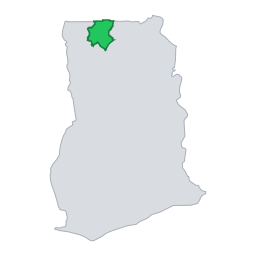 Sissala East, Upper West, Ghana (highlighted)
{"feature_id": "2480657B88326891244380", "entity_name": "Sissala East", "entity_type": "district", "adm_level": 2, "iso_a3": "GHA", "parent_name": "Ghana", "parent_adm1": "Upper West", "projection": "albers", "projection_center": [-1.879, 10.607], "detail": "fine", "context": "in_parent", "style": "filled", "palette": "green", "viewbox_px": 256, "rotation_deg": 0, "n_neighbors": 0, "source": "geoboundaries", "source_scale": "gbopen_adm2", "svg_char_len": 5995}
<svg xmlns="http://www.w3.org/2000/svg" viewBox="0 0 256 256"><path d="M160.6,17.1L162.9,19.2L163.3,20.4L162.6,25.0L161.0,28.2L160.0,31.2L160.1,32.7L161.1,34.2L164.5,36.5L166.2,38.0L168.3,40.3L170.6,42.6L174.7,45.5L176.4,46.0L176.3,46.8L175.8,48.0L175.5,58.9L175.2,61.8L174.9,63.2L174.5,67.3L174.1,67.9L173.4,67.9L172.7,68.0L172.5,68.8L172.8,69.7L175.2,70.2L174.7,70.9L172.9,71.4L172.1,72.7L172.4,74.1L171.5,75.2L171.7,76.0L172.4,76.5L173.4,76.3L176.2,74.4L177.4,74.2L178.9,74.6L181.6,77.4L181.8,78.8L180.7,83.7L179.6,87.4L179.5,92.4L180.6,95.2L180.5,96.7L179.3,98.0L176.5,100.0L176.7,101.3L178.0,103.7L180.4,106.4L185.0,109.7L187.5,114.1L187.6,115.9L186.2,117.7L184.5,119.3L184.0,121.5L184.9,136.2L181.2,142.6L181.2,144.4L181.6,146.5L182.6,147.8L184.5,148.1L186.0,149.3L185.5,153.8L184.7,158.4L184.6,160.6L184.2,161.6L182.7,162.5L182.2,164.0L182.6,165.7L182.3,167.0L183.1,168.7L184.8,170.8L187.5,176.1L188.6,176.5L189.1,177.6L188.8,178.7L189.8,181.0L192.9,183.3L196.0,185.3L198.6,185.5L199.2,187.4L200.9,189.7L202.1,190.7L204.1,191.3L205.7,191.6L205.8,193.6L202.9,194.9L201.0,197.0L199.5,200.1L197.5,203.5L190.5,205.3L187.8,205.3L173.3,205.5L159.7,212.2L151.9,214.6L147.1,218.4L140.7,221.1L136.2,224.3L126.8,225.9L111.4,231.0L106.6,233.0L101.7,236.5L93.8,240.6L90.6,240.6L84.4,236.7L79.8,234.8L68.3,231.8L59.8,230.6L55.7,229.3L54.6,229.1L55.5,227.7L57.9,227.7L60.4,228.1L62.3,227.0L65.1,226.9L65.8,225.8L66.1,223.0L66.0,220.8L67.0,219.8L67.3,217.1L65.9,211.2L64.9,210.6L60.0,209.7L59.6,208.5L58.7,207.3L57.8,204.3L56.7,199.8L55.0,194.2L51.7,184.9L50.9,181.7L50.3,178.3L50.2,174.4L50.9,172.9L50.8,170.8L50.5,168.8L52.9,164.1L57.5,158.4L58.5,156.3L59.4,154.9L59.5,152.8L60.3,146.1L62.5,138.0L63.9,134.9L64.9,133.3L66.0,130.6L66.3,129.3L70.5,126.2L72.5,125.3L72.9,124.0L72.2,122.7L72.5,121.7L73.5,121.3L75.1,120.9L76.2,119.6L74.5,109.6L73.1,99.6L73.0,98.8L72.1,97.4L71.3,93.3L69.9,90.9L67.9,90.2L67.9,87.9L69.9,84.1L70.4,81.8L69.5,81.1L69.4,79.4L70.0,76.6L69.7,74.8L69.4,73.0L67.3,68.6L66.8,65.5L67.9,63.7L67.8,59.7L66.7,53.6L66.6,49.8L67.3,48.2L67.0,46.6L65.5,45.2L65.4,43.8L66.7,42.4L66.5,41.3L64.9,40.5L63.5,38.6L62.2,35.7L62.5,30.9L64.9,22.1L65.2,21.4L67.9,21.4L67.9,21.8L76.3,21.7L85.9,21.7L97.3,21.6L107.7,21.5L108.2,21.1L109.9,20.6L120.4,21.4L127.0,21.0L129.8,21.3L131.8,21.9L136.4,21.5L138.8,21.7L140.6,23.9L141.4,23.8L142.4,22.9L144.2,21.8L146.0,21.0L147.3,19.3L148.1,18.0L149.3,18.2L151.1,18.1L152.2,17.1L152.6,15.4L160.6,17.1Z" fill="#d9dde1" stroke="#a8b0b8" stroke-width="1"/><path d="M105.6,50.5L105.7,50.4L105.6,50.2L105.7,49.9L105.8,49.7L106.1,49.3L106.0,49.1L106.2,48.8L107.5,46.2L108.5,44.4L108.8,44.1L109.7,43.2L110.6,42.3L111.0,42.0L112.1,41.3L112.3,41.0L112.7,40.7L112.8,40.7L113.0,40.6L113.0,40.4L113.5,40.1L113.4,40.1L113.1,40.1L113.0,39.8L112.9,39.7L112.7,39.7L112.4,39.4L112.6,39.0L112.5,38.7L112.9,38.5L113.0,38.4L112.9,38.1L112.7,37.8L112.4,37.7L112.1,37.7L111.7,37.6L111.6,37.4L111.6,37.2L111.2,37.1L111.0,36.8L110.8,36.9L110.6,36.8L110.5,36.6L110.6,36.3L110.6,36.1L110.3,35.9L110.2,35.8L109.5,35.9L109.3,35.9L109.1,35.6L108.9,35.5L108.9,35.4L108.9,34.7L108.9,34.4L108.9,33.9L108.7,33.5L108.7,33.3L108.7,33.1L108.7,32.2L108.8,32.0L108.8,31.8L108.8,31.7L108.9,31.4L108.8,31.1L109.1,31.0L109.1,30.8L109.1,30.7L109.2,30.3L109.4,30.2L109.8,30.2L109.9,30.3L110.0,30.2L110.2,29.9L110.3,29.8L110.2,29.6L110.2,29.4L110.4,29.2L110.9,29.1L111.0,29.2L111.2,28.9L111.3,28.9L111.5,28.2L111.2,27.9L111.3,27.7L111.4,27.4L111.5,27.3L111.5,27.2L111.7,27.3L111.9,27.3L112.0,27.2L112.1,26.9L112.4,26.8L112.5,26.8L112.5,26.7L112.7,26.2L112.8,26.1L112.7,26.0L112.8,25.8L112.7,25.7L112.8,25.3L112.8,25.2L112.8,24.7L112.7,24.5L112.8,24.3L112.8,24.2L113.0,23.8L113.1,23.5L113.0,23.4L113.1,23.1L113.0,22.9L113.0,22.7L113.1,22.2L113.3,21.7L113.5,21.6L113.7,21.4L113.7,21.0L109.7,21.0L109.6,20.0L102.7,20.0L102.8,21.1L93.7,21.2L93.7,21.4L93.8,21.4L93.8,21.5L94.0,21.8L94.3,22.1L94.4,22.3L94.6,22.4L94.9,22.6L95.0,22.8L95.0,23.0L95.0,23.3L95.0,23.5L95.0,23.8L95.2,24.0L94.8,24.2L94.6,24.2L94.6,24.4L94.3,24.5L93.6,25.5L93.5,25.9L93.2,26.0L92.8,26.2L92.9,26.3L92.8,26.6L92.6,26.7L92.4,26.6L91.9,27.2L91.6,27.8L91.3,28.1L90.9,28.0L90.7,27.8L90.4,27.5L90.4,27.4L90.1,27.3L89.9,27.4L89.7,27.5L89.4,27.3L89.2,27.4L89.2,27.5L89.1,27.8L88.9,28.0L88.7,28.1L88.4,28.1L88.2,28.0L87.9,28.3L87.7,28.4L87.8,28.6L87.8,28.8L87.9,29.1L87.9,29.3L87.9,29.5L88.0,29.6L88.1,29.8L88.1,30.0L88.3,30.2L88.3,30.3L88.5,30.4L88.6,30.7L88.7,30.8L88.7,31.0L88.8,31.1L88.9,31.4L88.9,31.5L89.0,31.5L89.0,31.8L89.0,31.7L89.1,31.8L89.2,32.1L89.3,32.0L89.5,32.4L89.4,32.6L89.4,32.8L89.5,32.8L89.6,33.0L89.7,33.3L89.6,33.6L89.4,34.0L89.2,34.5L89.3,34.8L89.2,34.8L89.1,35.0L89.1,35.3L89.1,35.5L89.4,35.7L89.4,35.8L89.2,35.9L89.1,36.0L88.9,36.0L88.8,36.4L88.7,36.4L88.7,36.5L88.4,36.9L88.1,37.1L87.9,37.0L87.7,37.1L87.8,37.3L88.0,37.5L87.9,37.6L88.0,37.7L87.9,37.8L88.1,38.0L88.2,38.3L88.0,38.5L87.8,38.6L87.6,38.8L87.7,39.0L87.7,39.3L87.7,39.5L87.7,39.8L87.5,40.0L87.5,40.3L88.1,40.2L88.3,40.1L88.4,40.4L88.9,40.8L89.0,41.0L89.3,41.1L89.6,41.0L89.7,40.9L89.8,40.8L90.1,40.8L90.3,40.8L90.8,41.0L91.1,41.4L91.3,41.5L91.4,41.8L91.4,42.0L91.6,42.1L91.7,42.4L91.6,42.8L91.9,43.2L92.0,43.5L92.0,43.9L92.2,44.1L92.1,44.4L91.8,44.4L91.5,44.7L91.7,44.8L91.8,45.1L91.8,45.3L92.0,45.7L92.3,45.6L92.8,45.7L92.8,45.9L93.1,45.9L93.1,45.7L93.2,45.8L93.2,45.7L93.3,45.4L93.4,45.5L93.5,45.5L93.7,45.3L93.6,45.2L93.8,45.0L93.8,44.9L94.1,44.5L94.3,44.4L94.5,43.9L94.9,43.8L95.3,44.0L95.6,43.9L95.7,43.7L95.8,43.7L96.2,43.6L96.3,43.6L96.7,43.4L96.8,43.2L97.0,43.0L97.1,42.8L97.1,42.7L97.2,42.4L97.4,42.1L97.5,42.0L97.7,42.4L97.9,42.6L98.1,42.9L98.5,43.2L99.0,43.8L99.9,45.2L99.9,45.6L100.0,45.7L100.1,46.0L100.4,46.1L100.7,46.2L101.2,46.8L101.5,46.9L102.0,47.4L102.3,47.5L102.6,47.7L102.8,47.8L103.0,47.8L103.3,48.1L103.6,48.2L103.8,48.4L104.0,48.5L104.3,48.7L104.5,48.7L104.7,48.8L104.8,48.8L104.8,49.0L104.9,48.9L105.1,49.2L105.2,49.3L105.2,49.6L105.3,49.8L105.4,50.1L105.4,50.4L105.6,50.5Z" fill="#22c55e" stroke="#15803d" stroke-width="1.5"/></svg>